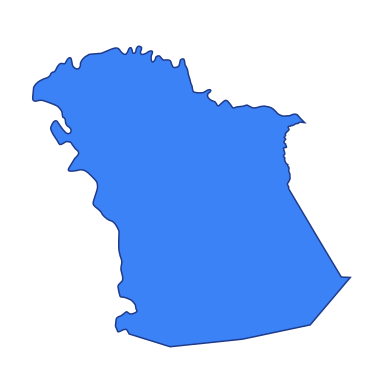 Cucuyagua, Copán, Honduras, rotated 353°
{"feature_id": "27666195B10036969380413", "entity_name": "Cucuyagua", "entity_type": "district", "adm_level": 2, "iso_a3": "HND", "parent_name": "Honduras", "parent_adm1": "Copán", "projection": "natural_earth1", "projection_center": [-88.859, 14.693], "detail": "fine", "context": "isolated", "style": "filled", "palette": "blue", "viewbox_px": 384, "rotation_deg": 353, "n_neighbors": 0, "source": "geoboundaries", "source_scale": "gbopen_adm2", "svg_char_len": 5818}
<svg xmlns="http://www.w3.org/2000/svg" viewBox="0 0 384 384"><g transform="rotate(353 192 192)"><path d="M85.6,44.3L84.7,45.0L83.5,46.4L82.1,48.4L81.3,49.1L80.7,49.2L79.4,48.8L77.5,48.4L76.8,48.6L75.7,49.2L73.8,51.0L71.9,53.9L70.6,55.4L69.8,56.0L68.2,56.1L66.9,56.8L66.3,57.4L65.3,59.1L63.7,60.3L62.4,60.9L58.5,61.7L54.8,63.0L52.6,64.1L50.1,65.9L48.4,67.7L47.9,68.5L47.5,69.2L45.4,78.7L45.3,80.2L45.4,81.1L45.7,81.7L46.0,82.1L46.7,82.5L48.4,82.8L50.7,82.5L52.4,82.5L53.5,82.6L54.8,82.9L56.4,83.6L58.6,84.6L64.9,87.9L67.4,89.4L69.1,90.6L70.5,92.4L71.9,94.6L72.5,96.1L72.7,97.0L72.7,100.2L72.9,101.8L73.1,102.2L74.2,102.9L75.0,104.4L75.0,107.8L75.4,109.6L76.2,111.0L78.3,113.0L79.0,114.1L79.3,114.8L79.5,115.5L79.4,116.5L79.2,117.2L78.8,117.9L78.4,118.5L77.8,118.8L76.4,119.0L75.4,118.8L74.0,117.8L72.7,116.1L71.0,113.5L68.5,108.9L67.0,105.8L66.5,105.2L65.8,104.8L65.0,104.7L64.2,104.9L63.5,105.3L62.6,106.1L61.4,107.7L60.2,109.7L59.7,110.8L59.5,111.9L59.6,113.0L60.0,114.5L61.3,118.2L64.3,124.1L65.7,127.5L66.3,128.5L66.9,128.8L68.0,128.8L70.0,128.1L72.6,126.9L73.3,126.7L75.5,127.0L77.4,127.8L78.0,128.3L79.1,130.7L81.4,134.7L82.0,135.5L83.3,136.8L84.1,138.2L84.2,139.1L84.2,139.7L83.9,140.4L83.5,141.1L82.0,142.7L80.0,144.2L79.4,144.8L72.6,153.4L72.1,154.4L72.0,155.0L72.0,155.4L72.3,155.8L72.8,156.2L74.8,156.6L76.6,156.7L79.8,156.7L83.7,156.3L85.8,156.7L87.6,157.4L89.2,158.4L91.4,160.5L94.9,164.8L97.4,168.2L98.5,170.1L98.9,171.4L99.0,173.7L98.7,176.4L97.6,179.3L93.0,189.2L92.5,191.2L92.6,192.6L93.1,193.4L93.9,194.6L96.5,197.3L98.9,200.2L99.4,201.0L100.0,202.6L100.5,203.7L101.6,205.2L102.9,206.8L104.2,208.1L105.7,209.4L106.8,210.1L108.9,211.1L109.9,211.9L110.8,212.9L111.7,214.2L112.8,216.3L113.6,218.3L114.5,220.9L114.7,222.1L114.6,223.6L113.3,231.7L112.6,237.8L112.4,240.9L112.5,242.3L112.9,246.5L113.7,250.3L113.9,251.9L113.6,254.1L112.4,258.0L112.0,260.5L112.8,267.1L112.7,269.4L112.4,270.9L111.8,271.9L108.0,274.9L107.3,275.9L107.1,276.5L107.0,277.8L107.3,282.5L107.8,286.1L108.0,286.9L108.3,287.3L109.0,287.6L110.4,287.9L112.0,288.3L114.0,289.2L118.0,291.5L118.9,292.4L119.9,293.6L121.2,295.6L122.0,297.0L122.2,301.0L122.3,301.6L122.8,302.6L122.8,303.2L122.7,303.7L122.4,304.1L121.5,304.7L119.2,305.4L116.9,305.7L116.2,305.6L115.3,305.3L112.7,303.0L112.1,303.0L111.5,303.2L109.7,304.4L106.3,306.3L103.9,306.8L102.1,307.8L101.6,308.3L101.1,309.5L99.7,315.6L100.0,317.1L100.9,319.8L101.1,321.1L101.4,321.6L101.7,321.8L102.2,321.8L104.9,321.1L107.0,320.3L109.0,320.2L110.0,320.3L110.3,320.6L110.7,321.3L112.1,324.7L112.4,325.3L151.4,342.9L224.3,344.2L293.1,338.3L338.7,296.1L329.8,294.6L312.4,255.5L288.9,201.9L288.4,200.7L288.3,200.1L288.6,198.9L287.7,196.3L287.6,195.8L288.0,194.9L288.9,194.1L289.8,192.7L290.8,191.0L291.0,190.3L291.3,186.0L290.8,184.1L290.5,182.6L291.0,181.3L291.2,180.0L291.1,179.3L290.5,178.3L290.2,177.6L290.1,176.9L290.4,176.4L289.7,176.0L289.0,175.2L288.1,173.0L287.9,170.0L288.3,169.7L288.3,169.4L287.8,168.7L287.2,168.2L287.1,167.9L287.6,166.6L288.0,166.3L288.6,165.9L288.8,165.3L288.7,163.7L288.2,160.8L288.1,159.5L288.4,159.3L290.7,159.3L291.1,159.1L291.3,158.9L291.1,157.7L290.6,156.6L290.6,156.4L290.8,155.9L289.4,154.3L289.2,153.8L289.6,153.0L291.4,151.0L290.2,148.9L291.8,147.3L291.8,146.6L291.6,145.8L291.9,145.4L294.0,143.5L295.3,142.7L295.8,142.1L295.9,141.8L295.8,141.1L295.2,139.5L295.2,139.2L295.5,138.9L296.7,138.6L297.9,138.6L298.5,138.1L298.8,138.0L299.6,138.3L300.1,138.2L301.5,137.7L302.9,137.0L305.8,136.8L306.7,136.2L307.7,135.9L308.6,135.9L310.5,136.5L312.3,136.9L309.3,133.1L306.6,129.2L305.9,128.2L304.7,127.5L303.3,127.2L300.9,127.4L298.3,128.2L295.2,128.0L292.6,127.9L291.5,127.7L289.0,126.5L287.0,125.1L286.4,124.4L285.1,122.5L283.9,121.0L282.5,119.4L281.3,118.4L280.5,117.8L278.2,116.8L274.8,115.7L273.6,115.5L271.6,115.5L269.8,115.6L266.0,116.2L263.6,116.1L262.6,115.9L261.5,115.3L258.4,113.2L257.4,112.5L256.9,112.4L252.9,113.1L247.9,113.0L245.6,113.2L244.0,113.7L243.3,113.6L242.8,113.4L242.4,112.9L240.8,109.8L238.6,106.4L237.8,105.6L236.9,105.2L235.9,105.2L234.6,105.8L231.4,108.0L229.4,109.5L228.7,109.7L228.1,109.5L227.6,108.9L227.0,107.3L225.8,105.3L221.7,103.0L220.1,101.2L219.3,99.7L219.1,98.2L219.5,97.0L220.2,96.0L221.5,95.4L222.3,94.8L223.0,93.5L222.9,93.2L222.6,92.8L221.6,92.5L220.1,92.7L216.4,94.3L215.1,94.7L214.0,94.7L211.4,94.5L208.7,94.0L206.5,93.2L205.8,92.8L205.5,92.4L205.3,91.8L205.1,90.6L204.9,86.8L204.1,84.1L203.6,79.8L202.7,74.9L202.5,70.5L201.7,67.5L200.6,65.1L200.5,61.2L200.3,59.8L199.9,59.0L199.2,58.8L198.3,58.8L197.5,59.0L196.6,59.6L196.2,60.4L195.6,62.4L194.8,64.3L194.5,65.1L194.1,65.5L192.4,66.2L190.4,66.4L189.0,66.1L188.6,65.8L188.2,65.4L187.9,64.6L187.3,62.4L186.8,59.8L186.3,59.0L185.5,58.4L184.1,58.0L180.6,57.6L179.2,57.3L176.6,53.4L176.1,53.0L175.3,52.8L174.4,52.8L173.0,53.3L172.5,53.9L171.8,55.7L170.8,57.0L169.7,57.9L169.0,58.1L168.6,58.1L168.1,57.6L167.8,56.8L167.7,55.4L167.7,54.0L168.3,51.5L169.3,49.9L169.7,48.9L169.8,48.1L169.7,47.5L168.8,47.0L167.1,47.1L165.9,47.4L163.7,48.6L161.8,49.2L159.7,49.5L158.7,49.2L158.3,48.8L158.0,48.4L157.9,47.1L158.1,46.1L159.1,44.6L159.4,43.4L159.5,42.6L159.3,42.2L159.1,41.8L157.7,41.0L156.4,40.8L155.9,41.1L155.3,41.6L154.0,43.4L153.5,45.2L153.1,46.2L152.2,47.0L151.5,47.3L150.7,47.1L150.1,46.6L150.0,46.0L149.9,44.2L149.5,42.5L149.2,41.6L148.8,41.3L148.1,41.3L147.4,41.6L146.5,42.7L145.2,45.1L144.1,46.4L143.4,47.1L142.4,47.3L141.3,46.9L139.8,45.7L138.5,44.0L137.1,41.5L136.5,40.8L135.4,40.1L134.2,39.8L132.3,39.8L129.3,40.4L118.9,43.3L109.4,42.9L106.8,42.9L104.6,43.8L102.6,44.7L100.8,45.9L99.4,47.1L98.3,48.4L97.2,50.1L96.9,51.0L96.6,53.0L96.0,54.3L94.9,55.5L94.4,55.8L93.7,55.9L92.4,55.7L91.1,55.0L90.0,53.9L89.0,52.5L88.8,51.4L88.6,48.2L88.4,45.6L88.0,44.3L87.6,44.0L87.0,43.8L86.4,43.9L85.6,44.3Z" fill="#3b82f6" stroke="#1e3a8a" stroke-width="1.5"/></g></svg>